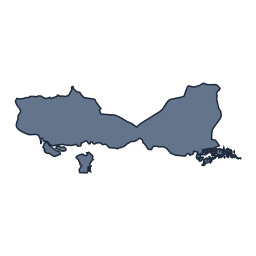 outline of Ha Long, Quảng Ninh, Vietnam
{"feature_id": "81297802B5641238333098", "entity_name": "Ha Long", "entity_type": "district", "adm_level": 2, "iso_a3": "VNM", "parent_name": "Vietnam", "parent_adm1": "Quảng Ninh", "projection": "mercator", "projection_center": [107.104, 20.974], "detail": "fine", "context": "isolated", "style": "filled", "palette": "slate", "viewbox_px": 256, "rotation_deg": 0, "n_neighbors": 0, "source": "geoboundaries", "source_scale": "gbopen_adm2", "svg_char_len": 5953}
<svg xmlns="http://www.w3.org/2000/svg" viewBox="0 0 256 256"><path d="M220.1,88.4L217.2,85.3L215.9,84.6L207.7,84.7L203.1,83.2L199.8,85.4L194.1,87.1L188.3,85.9L186.9,88.0L184.0,96.2L180.7,97.3L170.7,99.3L168.9,100.2L166.7,102.7L162.7,109.0L160.0,111.5L140.5,123.6L136.6,127.1L132.0,123.7L127.0,121.5L121.8,118.3L115.3,115.2L100.9,114.0L99.4,110.0L100.9,108.6L96.2,102.3L94.7,99.3L83.4,97.5L83.1,96.6L81.4,94.9L79.9,92.5L76.2,91.5L74.4,89.4L73.5,88.9L73.3,87.0L72.4,86.5L71.6,87.3L71.8,90.0L70.1,92.5L69.5,94.3L67.2,96.1L64.0,96.5L63.2,96.1L61.2,96.0L60.1,96.6L59.4,95.7L57.4,95.1L57.3,96.3L50.8,98.5L49.9,97.3L47.3,98.3L45.2,98.4L43.2,97.6L41.7,96.2L38.7,95.9L36.0,96.9L34.3,96.4L30.2,96.4L28.5,97.5L25.6,97.7L23.6,98.5L19.9,98.9L16.9,98.4L15.4,101.2L16.7,104.8L19.9,109.2L20.6,111.3L20.2,112.6L18.1,115.6L17.9,119.1L16.4,123.7L16.3,125.9L17.1,127.8L18.5,129.5L22.5,132.0L27.7,134.3L29.8,134.7L35.9,134.4L37.8,134.9L38.7,135.7L40.2,139.1L42.2,138.2L44.0,141.2L47.5,141.6L50.0,144.8L53.2,145.8L57.3,144.8L62.8,144.4L67.0,145.3L72.1,145.4L76.5,144.3L77.5,146.1L80.2,146.1L81.1,145.2L81.3,142.8L82.1,142.9L86.2,140.7L89.0,143.9L90.2,143.5L90.7,142.0L92.1,142.1L93.3,143.6L94.7,144.0L97.4,142.7L100.7,143.0L102.1,144.3L103.8,144.6L105.4,144.1L107.1,145.2L108.3,146.9L109.4,147.6L115.2,148.1L117.4,148.8L119.5,147.7L121.5,147.5L122.6,146.7L124.1,146.5L126.5,144.3L131.1,141.5L133.3,141.5L135.5,141.0L137.7,139.7L138.1,139.0L139.9,138.3L142.3,139.8L142.9,142.5L144.9,144.3L147.9,148.9L148.9,149.5L151.5,149.5L152.6,147.2L154.7,145.9L159.3,146.9L162.9,146.7L166.3,148.1L170.8,153.2L175.7,155.2L185.1,156.1L187.6,153.5L188.9,153.6L189.6,155.2L192.7,154.2L193.6,153.2L193.6,151.5L194.7,151.5L197.6,152.0L197.4,153.8L199.5,154.4L200.7,153.8L201.5,154.5L201.9,154.2L202.7,154.8L203.8,154.5L205.1,154.9L206.5,154.1L205.5,152.7L206.8,152.1L207.0,151.0L204.9,150.2L204.3,150.5L204.1,151.8L203.1,152.8L202.3,152.6L202.9,150.4L203.8,150.5L203.0,149.7L204.1,149.9L204.5,149.2L206.4,149.9L207.1,148.7L213.6,148.2L219.3,145.7L215.6,140.3L211.6,139.3L211.8,132.6L212.7,128.9L220.1,118.7L221.3,115.8L220.7,111.4L218.8,108.5L216.6,99.1L217.1,95.7L216.4,93.5L217.6,91.3L219.2,90.1L220.1,88.4ZM92.4,155.5L88.8,152.3L88.2,152.8L86.8,152.7L87.6,154.6L86.2,155.7L84.7,155.4L83.2,154.4L82.7,154.7L82.0,154.1L78.0,155.6L76.2,156.8L76.2,157.7L78.6,159.8L78.7,160.9L79.6,162.0L80.1,164.7L81.6,165.4L79.2,169.8L79.4,171.7L79.9,172.7L87.2,172.8L88.0,171.1L88.1,166.8L89.1,166.8L89.3,171.2L90.5,171.6L90.2,171.1L90.2,167.6L91.1,166.0L89.8,165.1L89.8,163.9L92.3,160.1L93.2,159.7L92.5,159.2L92.4,157.0L92.8,156.7L92.4,155.5ZM55.4,150.2L49.1,145.2L47.5,142.6L45.6,142.5L44.4,143.1L43.0,147.4L45.1,149.9L44.2,150.5L44.9,152.0L47.4,153.4L48.9,153.2L53.7,156.3L55.5,156.2L60.4,154.1L59.7,151.9L55.4,150.2ZM220.1,149.1L219.4,148.5L217.7,149.3L216.6,148.8L217.0,149.9L216.7,151.1L214.2,151.2L214.0,153.6L212.9,153.8L211.8,155.2L212.8,155.7L213.8,155.6L213.7,154.9L214.3,155.1L215.3,153.8L214.5,152.4L216.1,152.0L216.4,153.2L217.7,154.3L217.1,155.0L217.4,156.0L218.0,156.1L218.7,155.2L220.1,154.7L218.5,156.4L218.7,157.8L219.6,157.4L218.9,156.6L219.3,156.1L221.3,155.1L220.5,156.8L220.6,157.4L221.1,157.6L222.3,156.5L222.5,155.4L223.8,154.5L223.7,153.7L224.2,153.7L224.4,154.7L224.8,154.5L225.3,153.8L225.7,152.0L226.8,152.2L227.2,153.4L229.1,152.3L228.5,151.7L227.6,151.9L226.3,150.0L224.5,150.9L223.9,151.9L222.2,152.4L222.8,151.3L222.1,150.9L222.3,149.6L221.9,149.2L221.0,149.4L219.9,150.7L220.1,149.1ZM60.5,147.3L59.5,146.3L57.2,146.4L56.6,146.6L55.7,148.1L62.3,151.2L64.8,150.9L66.0,150.0L65.9,148.8L64.2,147.0L60.5,147.3ZM209.9,161.9L210.2,159.2L210.7,157.6L209.7,156.6L209.1,156.6L208.9,158.5L207.3,160.2L207.1,158.1L206.1,158.1L203.7,160.2L203.5,161.1L204.3,161.4L204.5,161.9L203.6,162.7L203.9,163.4L203.6,163.8L204.3,164.6L203.3,165.2L203.8,165.5L205.0,164.7L205.1,162.6L206.9,163.0L209.9,161.9ZM198.9,155.1L198.4,154.4L197.2,154.1L196.3,156.5L196.9,158.7L198.3,159.3L198.9,160.2L199.2,159.7L198.5,157.8L199.4,158.0L200.2,157.4L200.7,155.1L200.2,154.5L198.9,155.1ZM232.0,154.7L231.9,153.2L230.5,155.7L231.1,156.2L231.8,155.7L232.1,156.8L230.6,157.3L232.5,157.6L233.6,157.1L235.0,157.4L235.2,156.9L234.4,156.8L234.9,155.6L235.3,156.4L235.9,156.0L235.1,154.9L233.7,155.5L233.2,154.7L232.0,154.7ZM203.3,157.4L202.8,157.1L200.5,157.7L199.4,159.9L199.6,161.1L200.6,161.1L202.8,159.1L203.3,157.4ZM210.4,149.3L208.8,149.1L207.1,150.0L206.9,150.4L208.1,151.4L206.9,152.6L207.0,153.5L208.1,153.0L208.6,151.7L210.2,150.4L210.4,149.3ZM230.1,154.8L229.1,153.9L229.6,153.2L228.6,153.9L228.0,155.2L227.3,154.5L228.2,153.6L227.4,153.4L226.6,154.3L227.2,155.4L226.5,155.6L226.3,156.3L227.2,156.4L227.6,157.3L228.4,157.4L228.9,156.4L228.5,155.4L229.1,154.8L230.1,154.8ZM216.1,155.6L215.0,155.9L214.6,157.9L212.6,157.4L212.1,158.4L210.9,159.4L212.4,159.5L215.2,158.2L216.4,156.6L216.1,155.6ZM211.9,150.9L212.3,149.9L211.6,149.6L210.6,150.4L210.8,150.7L211.4,150.3L211.7,151.5L211.0,153.0L211.3,153.6L212.5,153.3L212.0,151.8L212.9,151.1L212.7,150.7L211.9,150.9ZM231.6,152.0L230.9,151.3L231.4,150.4L230.8,149.6L229.4,150.1L229.3,150.7L230.0,150.8L230.6,151.7L230.3,153.2L230.9,153.9L231.0,152.6L231.6,152.0ZM215.9,150.0L214.7,148.7L214.2,149.5L213.5,149.5L213.4,150.4L215.3,150.8L215.9,150.0ZM40.8,144.0L41.7,141.5L40.5,139.4L40.8,144.0ZM224.0,150.5L224.5,149.7L223.8,147.5L223.2,150.3L224.0,150.5ZM228.9,149.2L227.7,148.4L227.4,149.0L226.7,148.9L226.5,149.9L227.4,149.6L227.9,149.9L228.9,149.2ZM238.1,158.7L238.2,158.1L236.8,157.3L236.7,158.1L238.1,158.7ZM210.5,162.6L211.8,161.2L211.7,160.6L210.4,162.0L210.5,162.6ZM224.5,157.9L224.9,157.4L224.1,156.3L224.0,157.2L224.5,157.9ZM202.7,165.4L203.0,164.7L202.3,164.4L202.2,165.4L202.7,165.4ZM234.3,152.6L234.2,151.2L233.7,151.8L234.3,152.6ZM210.0,151.7L209.1,151.7L209.4,152.3L210.0,151.7ZM240.6,158.7L240.6,158.1L240.1,158.5L240.6,158.7ZM239.6,158.4L239.3,158.0L238.8,158.0L239.2,158.3L239.6,158.4Z" fill="#64748b" stroke="#1e293b" stroke-width="1.5"/></svg>